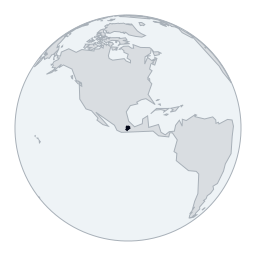 México on an orthographic globe, rotated 341°
{"feature_id": "MEX-2731", "entity_name": "México", "entity_type": "State", "adm_level": 1, "iso_a3": "MEX", "parent_name": "Mexico", "parent_adm1": "", "projection": "orthographic", "projection_center": [-99.447, 19.349], "detail": "fine", "context": "on_globe", "style": "filled", "palette": "ink", "viewbox_px": 256, "rotation_deg": 341, "n_neighbors": 0, "source": "natural_earth", "source_scale": "10m", "svg_char_len": 9611}
<svg xmlns="http://www.w3.org/2000/svg" viewBox="0 0 256 256"><g transform="rotate(341 128 128)"><circle cx="128" cy="128" r="113" fill="#eef3f6" stroke="#a8b0b8"/><path d="M21.2,163.3L21.5,164.1L21.2,163.3ZM168.4,147.0L165.9,146.2L163.6,149.7L154.4,145.4L150.7,139.1L120.4,130.0L116.8,126.6L116.1,121.0L102.7,102.6L110.0,119.9L105.4,116.6L101.2,110.4L102.9,108.9L99.1,99.8L94.5,96.3L91.8,85.0L96.0,71.3L97.9,73.5L98.7,70.3L96.3,67.4L94.6,66.4L94.2,54.0L87.5,47.4L82.3,48.5L85.8,46.0L74.0,50.7L68.4,50.6L76.6,48.8L78.9,47.3L76.0,46.2L77.8,44.4L77.4,43.0L79.7,41.1L84.3,40.6L85.9,39.5L83.8,38.8L84.8,36.8L87.6,37.9L89.7,34.5L97.8,33.8L103.6,39.6L109.9,38.8L120.9,44.1L121.8,42.4L126.5,43.9L129.3,42.7L130.5,44.3L131.7,42.0L130.0,40.8L129.9,39.4L131.4,38.7L133.3,40.5L132.8,41.2L134.1,41.4L134.4,42.7L135.1,41.6L137.1,44.2L137.3,40.7L140.8,41.9L141.6,43.9L138.6,44.9L133.0,53.2L132.8,56.1L135.6,58.9L147.0,61.2L148.1,64.1L151.6,67.2L152.4,64.8L149.9,61.6L152.2,58.3L148.8,55.1L149.3,53.5L147.0,50.0L150.5,49.3L155.1,50.7L157.2,53.6L159.3,54.4L159.9,50.8L166.1,55.9L174.5,59.0L175.8,60.6L173.7,64.7L167.3,66.3L164.6,73.0L169.5,67.6L172.7,72.4L174.5,72.9L176.2,72.2L176.3,70.1L178.0,71.6L173.8,77.2L172.1,75.8L173.5,74.0L170.5,74.9L167.6,79.3L169.4,81.7L163.2,86.7L164.5,88.6L163.8,91.0L162.3,87.5L164.9,94.0L157.9,102.8L161.3,114.7L154.5,106.1L149.9,105.6L144.7,106.4L145.1,108.3L137.5,107.6L131.6,112.2L130.9,121.9L134.6,129.0L142.9,128.6L144.8,124.3L150.5,122.9L147.8,134.2L158.0,134.6L157.8,142.8L161.0,146.6L165.8,144.9L170.8,146.1L173.9,140.9L179.1,137.4L179.8,143.9L182.2,137.4L185.5,139.9L195.5,137.3L194.9,139.0L203.4,144.4L211.7,145.1L213.6,149.0L212.7,152.2L215.3,152.0L215.3,153.8L224.9,152.3L229.0,154.3L228.3,160.6L223.8,169.8L217.1,185.8L208.3,193.7L204.3,199.8L194.5,209.6L189.4,210.7L189.0,213.8L184.7,216.7L180.9,217.8L178.8,220.3L175.9,221.1L176.8,222.1L170.0,226.0L169.5,227.9L164.0,230.7L163.7,231.6L162.4,231.9L160.5,232.5L159.7,233.2L156.6,232.8L158.1,230.4L160.9,228.7L159.2,228.7L165.4,224.3L162.8,225.4L167.2,219.0L172.7,212.8L179.9,194.6L178.4,191.2L171.3,188.0L163.0,174.6L165.9,168.0L163.8,165.3L170.7,155.3L168.4,147.0ZM39.4,113.2L40.0,110.6L40.6,112.5L39.4,113.2ZM39.6,108.8L39.6,109.7L39.5,108.9L39.6,108.8ZM39.1,108.1L39.5,108.6L39.0,108.3L39.1,108.1ZM38.4,107.4L38.8,107.7L38.7,107.8L38.4,107.4ZM161.4,118.8L173.1,122.8L167.2,124.5L168.2,123.3L165.1,121.3L159.5,119.9L154.1,121.9L161.4,118.8ZM37.5,105.7L37.3,105.2L37.8,105.1L37.5,105.7ZM165.1,111.5L163.2,111.3L165.0,111.0L165.1,111.5ZM93.6,66.3L96.1,67.6L97.6,71.0L95.2,70.0L93.6,66.3ZM91.0,60.5L92.7,60.4L91.7,63.5L91.0,62.6L91.0,60.5ZM78.2,49.9L80.0,50.4L77.7,50.5L78.2,49.9ZM76.9,43.1L75.9,43.6L76.1,42.7L76.9,43.1ZM145.3,50.7L146.1,50.4L146.1,51.2L145.3,50.7ZM143.5,49.6L142.8,50.7L141.9,50.4L142.3,49.7L143.5,49.6ZM79.9,39.1L80.6,37.7L80.7,39.0L79.9,39.1ZM144.5,48.3L140.3,49.7L138.6,49.1L138.9,46.0L144.5,48.3ZM81.5,36.8L83.2,33.6L81.0,34.3L88.1,31.0L84.4,34.6L84.8,36.0L83.2,35.9L81.5,36.8ZM128.8,40.7L130.7,42.0L127.8,41.6L128.8,40.7ZM127.0,40.9L118.1,42.4L116.1,40.3L119.5,40.1L115.8,38.3L119.2,36.5L122.0,37.1L122.6,38.7L123.4,36.9L127.0,40.9ZM91.8,29.9L92.9,29.1L92.6,29.8L91.8,29.9ZM129.7,38.9L128.1,39.2L126.2,37.5L129.1,36.4L128.8,37.3L129.7,38.9ZM113.2,38.8L112.4,37.4L114.9,35.5L114.9,34.8L119.1,36.3L113.2,38.8ZM130.0,37.3L130.7,35.9L132.9,36.2L131.1,38.4L130.0,37.3ZM124.5,37.5L123.8,36.7L125.2,36.7L124.5,37.5ZM141.1,36.6L139.2,36.9L138.1,35.9L141.1,36.6ZM130.8,35.4L130.0,35.4L129.3,35.1L130.2,34.3L130.8,35.4ZM120.6,35.0L121.8,34.6L119.0,34.3L120.8,33.1L123.3,34.3L122.9,33.3L123.5,32.9L124.9,34.4L120.6,35.0ZM129.2,32.7L133.0,34.2L136.7,33.8L137.8,34.5L131.6,35.1L129.2,32.7ZM126.6,33.5L128.4,33.1L128.8,34.2L127.8,35.1L126.6,33.5ZM121.1,31.8L117.7,33.4L117.3,33.0L121.1,31.8ZM130.2,32.3L129.2,32.0L130.4,32.1L130.2,32.3ZM123.8,31.7L122.6,32.2L122.2,31.8L123.8,31.7ZM128.3,30.9L129.5,31.4L128.9,32.0L128.3,30.9ZM126.2,31.1L125.8,30.5L127.9,31.9L125.7,31.4L126.2,31.1ZM123.5,31.2L122.9,31.2L124.1,31.1L123.5,31.2ZM130.1,28.6L132.9,30.3L131.5,31.5L128.9,29.7L130.1,28.6ZM161.0,233.7L156.5,233.2L159.4,233.3L163.0,231.9L164.8,232.5L161.0,233.7ZM171.1,229.7L174.3,228.4L174.6,228.6L172.4,229.5L171.1,229.7ZM204.8,45.6L204.4,45.3L208.3,49.5L217.6,60.7L219.0,63.5L218.1,63.9L210.3,55.5L208.2,50.4L205.4,47.8L202.1,46.1L201.7,44.9L200.1,43.7L198.9,42.0L193.6,37.5L191.8,35.8L186.2,32.5L184.5,31.3L188.3,33.5L190.0,34.4L185.3,31.0L184.4,30.5L191.6,35.0L198.4,40.1L204.8,45.6ZM182.8,29.6L180.0,28.1L179.3,27.7L182.8,29.6ZM178.6,27.3L176.5,26.4L173.0,24.8L178.6,27.3ZM172.4,24.5L175.3,26.0L171.6,24.5L166.9,22.6L166.3,22.6L173.8,25.7L176.3,26.7L177.5,27.1L184.8,30.9L187.2,32.5L181.8,30.0L184.7,32.2L179.3,29.8L162.1,22.1L156.8,20.1L155.5,18.8L158.8,19.7L160.9,20.4L162.1,20.6L172.4,24.5ZM161.8,20.5L160.5,20.2L160.0,20.0L161.8,20.5ZM158.0,19.4L156.0,18.9L155.5,18.8L158.0,19.4ZM155.0,18.6L152.8,18.2L151.5,17.9L152.8,18.1L155.0,18.6ZM149.9,17.5L146.3,16.9L145.5,16.7L149.9,17.5ZM141.4,16.2L140.7,16.1L141.4,16.2ZM137.1,15.7L136.8,15.7L134.1,15.6L132.6,15.5L133.4,15.5L137.1,15.7ZM132.5,15.5L131.4,15.5L130.7,15.4L130.8,15.4L129.8,15.4L127.4,15.4L128.0,15.5L118.3,16.9L112.8,17.3L113.2,16.8L104.9,18.8L99.3,19.9L100.4,19.8L97.2,21.2L99.0,20.8L99.3,20.9L91.8,25.1L89.0,26.3L87.1,28.8L87.7,28.8L89.7,28.0L88.1,31.0L81.0,34.3L80.0,33.9L76.2,36.5L74.6,35.4L71.5,36.0L71.9,33.8L69.4,34.7L68.2,35.7L63.9,37.9L59.2,39.8L68.3,33.9L76.4,31.9L73.5,32.1L75.8,30.9L75.7,30.4L73.6,30.9L72.3,31.6L77.0,27.7L75.9,28.2L83.4,24.6L91.2,21.5L99.3,19.1L107.5,17.2L115.8,16.0L124.1,15.4L132.5,15.5ZM240.3,118.9L240.3,119.0L239.7,116.8L235.8,106.1L234.3,99.1L231.6,92.9L219.2,64.0L219.3,62.9L215.0,56.5L220.2,63.3L224.8,70.5L228.9,78.0L232.4,85.8L235.3,93.8L237.6,102.0L239.3,110.4L240.3,118.9ZM226.7,76.3L227.8,78.2L226.7,76.3ZM195.8,137.1L197.0,138.1L195.5,138.5L195.8,137.1ZM166.7,127.4L169.0,127.2L170.3,128.0L168.6,128.6L166.7,127.4ZM185.1,124.1L187.6,124.2L185.2,125.3L185.1,124.1ZM174.9,123.3L183.2,124.4L178.5,127.3L173.2,126.7L176.6,125.5L174.9,123.3ZM164.8,115.5L166.3,115.7L166.1,117.0L164.8,115.5ZM166.5,111.3L165.9,111.5L165.0,110.6L166.5,111.3ZM172.9,72.1L173.3,71.7L175.2,71.4L174.6,72.4L172.9,72.1ZM181.4,65.7L184.0,68.4L181.7,67.0L181.5,68.8L176.6,68.3L176.2,61.5L177.2,64.5L181.4,65.7ZM169.8,66.2L173.0,67.0L169.6,66.5L169.8,66.2ZM192.4,40.1L193.2,40.0L195.4,41.6L197.6,44.7L194.4,42.2L192.4,40.1ZM193.8,39.6L187.9,36.8L186.3,35.1L188.2,36.4L187.7,35.6L190.6,37.6L194.9,39.1L197.2,40.7L200.0,44.9L197.8,42.5L197.2,42.6L193.8,39.6ZM175.5,35.6L173.0,35.2L172.8,31.9L175.3,32.7L177.6,35.6L176.1,36.3L175.5,35.6ZM145.7,42.9L144.7,43.5L144.2,42.9L144.7,41.9L145.7,42.9ZM140.3,36.8L149.5,39.8L148.8,40.6L155.0,41.9L155.7,44.5L151.6,43.5L156.8,46.7L153.4,46.9L157.1,48.9L148.1,46.4L145.2,47.0L148.1,45.3L147.6,42.8L146.5,41.9L141.4,39.9L135.1,40.2L133.5,38.0L134.1,36.5L135.4,36.1L136.0,37.5L137.3,35.9L139.1,37.8L140.3,36.8ZM142.0,23.5L142.1,24.6L145.0,23.2L146.9,24.5L147.1,24.2L149.6,25.1L153.1,25.8L153.5,26.4L154.6,26.5L156.3,27.1L158.0,27.4L159.4,28.8L161.6,29.4L161.0,29.7L164.4,30.4L162.5,30.6L164.5,31.7L165.3,30.9L168.4,39.2L171.2,43.0L174.6,46.3L170.7,46.6L165.1,43.9L159.1,40.2L157.0,36.7L155.6,37.6L154.2,36.3L155.9,36.1L152.5,35.6L151.7,34.5L146.4,32.2L142.0,32.6L139.9,31.8L141.3,31.2L138.3,31.0L139.5,29.2L138.1,28.8L137.9,26.8L141.4,26.0L139.5,25.5L139.2,24.2L142.0,23.5ZM130.2,28.0L133.9,26.4L136.8,26.4L136.0,29.9L137.1,30.6L136.7,33.2L132.6,33.3L133.1,32.5L132.6,31.8L134.1,32.0L132.5,31.3L133.2,30.2L132.1,29.4L133.6,29.1L130.2,28.0ZM209.3,50.0L209.1,49.8L209.0,49.7L209.3,50.0ZM207.7,48.4L207.3,48.0L206.0,46.7L206.6,47.3L207.7,48.4ZM187.4,32.8L186.3,32.0L186.9,32.4L188.4,33.3L187.4,32.8ZM151.0,20.7L150.6,21.1L149.8,20.9L147.0,21.2L145.4,20.4L146.5,20.0L151.0,20.7ZM148.8,20.0L147.8,20.1L147.6,19.7L148.8,20.0ZM144.1,20.0L143.6,19.5L144.9,20.4L144.1,20.0ZM133.7,16.1L139.4,16.3L142.5,16.5L142.5,16.3L144.9,16.8L140.2,16.6L133.7,16.1ZM120.4,16.7L120.4,17.1L118.7,17.1L120.4,16.7ZM121.5,16.8L124.5,17.1L123.5,17.5L121.3,17.2L121.5,16.8ZM136.8,17.8L138.6,17.9L138.7,18.2L136.8,17.8ZM21.3,164.2L22.0,166.0L21.7,165.3L21.3,164.2ZM21.5,164.2L21.1,163.4L21.5,164.2ZM69.4,31.8L70.0,31.4L66.8,33.4L69.4,31.8ZM91.9,29.2L92.8,29.1L91.5,29.6L91.9,29.2ZM100.3,20.7L100.5,21.0L99.0,21.4L100.3,20.7ZM100.2,22.0L101.8,21.3L100.7,22.0L100.2,22.0ZM105.1,20.0L102.6,21.1L104.1,20.0L105.1,20.0Z" fill="#d9dde1" stroke="#a8b0b8" stroke-width="1"/><path d="M129.5,127.8L129.4,127.9L129.4,128.0L129.5,128.1L129.5,128.3L129.5,128.5L129.4,128.7L129.4,128.8L129.2,128.8L129.2,128.7L128.9,128.5L128.9,128.4L128.9,128.2L128.7,128.0L128.7,127.9L128.8,127.9L128.7,127.8L128.7,127.7L128.5,127.8L128.4,127.8L128.3,128.0L128.2,128.0L128.3,128.2L128.2,128.3L128.3,128.4L128.2,128.5L128.3,128.6L128.2,128.6L128.3,128.7L128.3,128.8L128.2,128.8L128.0,129.0L127.9,129.1L127.9,129.3L127.7,129.3L127.7,129.2L127.5,129.3L127.4,129.3L127.2,129.3L126.9,129.4L126.8,129.5L126.7,129.6L126.6,129.8L126.4,129.9L126.3,129.7L126.2,129.4L126.1,129.2L125.9,129.0L125.8,128.9L126.0,128.8L126.0,128.7L126.3,128.3L126.4,128.2L126.6,127.9L126.6,127.7L126.6,127.4L126.7,127.2L126.7,126.9L126.8,126.8L126.8,126.7L127.0,126.5L127.0,126.4L127.1,126.2L127.3,126.1L127.4,126.3L127.5,126.3L127.6,126.5L127.7,126.4L127.8,126.4L127.8,126.5L127.9,126.8L128.0,126.9L128.0,127.0L128.3,127.1L128.4,126.9L128.5,126.8L128.5,126.7L128.8,126.6L128.9,126.8L129.0,126.9L128.9,126.9L128.9,127.0L129.0,127.1L129.1,126.9L129.2,127.0L129.3,127.0L129.5,127.1L129.6,127.3L129.5,127.5L129.4,127.5L129.5,127.7L129.5,127.8Z" fill="#0f172a" stroke="#020617" stroke-width="1.5"/></g></svg>